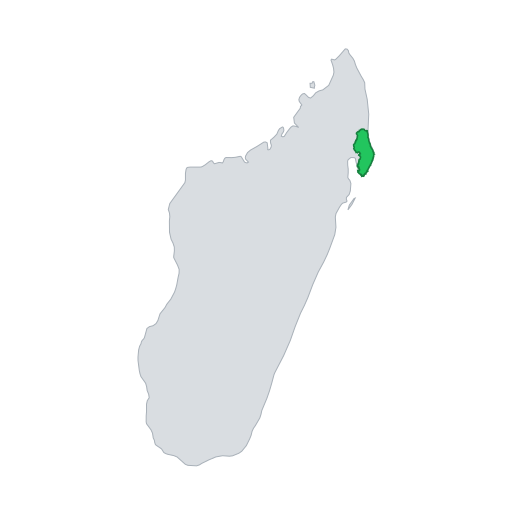 Antalaha, Sava, Madagascar (highlighted), rotated 6°
{"feature_id": "10022922B15279482214677", "entity_name": "Antalaha", "entity_type": "district", "adm_level": 2, "iso_a3": "MDG", "parent_name": "Madagascar", "parent_adm1": "Sava", "projection": "orthographic", "projection_center": [50.057, -15.259], "detail": "fine", "context": "in_parent", "style": "filled", "palette": "green", "viewbox_px": 512, "rotation_deg": 6, "n_neighbors": 0, "source": "geoboundaries", "source_scale": "gbopen_adm2", "svg_char_len": 8154}
<svg xmlns="http://www.w3.org/2000/svg" viewBox="0 0 512 512"><g transform="rotate(6 256 256)"><path d="M333.5,51.9L334.9,55.3L336.6,58.5L341.8,66.2L344.1,69.2L346.0,72.3L346.9,78.6L350.2,88.5L353.3,103.2L354.2,118.4L355.2,125.3L357.6,131.9L361.5,138.7L362.8,146.2L360.4,154.0L356.9,161.3L356.0,162.7L354.4,164.6L353.6,164.5L350.8,162.6L348.6,159.5L345.7,152.2L344.6,148.5L343.4,147.9L340.0,148.2L337.6,150.6L337.2,152.0L337.7,156.1L338.6,159.8L339.0,163.6L339.1,168.3L340.0,169.7L341.4,170.9L342.8,174.0L343.0,181.4L342.2,185.1L339.8,188.3L339.9,190.1L340.8,191.9L340.0,193.0L336.8,194.3L335.6,195.6L333.9,198.8L331.1,205.5L330.8,208.9L332.5,219.1L332.1,226.5L328.6,240.4L326.7,247.1L323.9,255.0L319.6,265.4L315.4,278.6L311.9,292.0L309.3,300.1L306.3,308.1L302.3,322.2L298.9,336.5L293.9,352.2L287.0,369.8L286.3,372.1L284.9,381.0L283.5,388.7L281.7,396.4L277.9,409.1L277.5,413.0L276.7,416.7L273.1,424.7L271.5,427.6L270.4,430.8L269.9,434.7L268.8,438.6L266.2,445.6L262.2,451.7L259.5,454.0L253.5,457.2L250.5,457.9L243.7,458.1L237.1,460.0L230.4,463.7L223.9,467.8L221.5,469.7L218.8,470.9L210.1,471.3L207.4,470.5L198.5,464.1L195.1,463.1L188.7,462.4L186.7,461.9L184.9,461.1L182.2,457.7L177.0,454.9L175.7,454.1L174.8,452.1L174.2,449.9L172.8,447.6L171.6,443.0L169.7,439.8L164.7,434.3L164.1,432.5L163.5,426.4L163.4,422.3L162.6,414.9L163.0,411.3L164.6,408.1L163.7,404.7L161.8,401.1L160.9,397.4L159.5,394.0L154.2,388.0L152.9,385.1L151.9,382.0L149.6,372.3L149.2,368.9L149.1,361.7L149.7,357.9L150.8,355.3L151.0,353.4L151.7,351.7L152.9,350.3L153.6,348.7L155.1,339.5L157.4,337.4L160.9,336.1L163.7,333.6L165.2,330.3L166.6,323.5L170.9,316.8L172.4,313.2L175.8,307.8L178.8,300.3L179.6,296.7L180.2,293.1L180.8,285.2L181.3,281.3L181.0,277.4L179.0,273.4L174.4,266.3L174.2,264.9L174.3,259.5L173.8,255.6L172.1,251.8L169.8,248.2L167.5,241.4L166.2,230.1L166.2,226.0L165.5,222.4L163.9,218.9L164.8,212.8L177.6,190.5L177.9,187.9L177.2,181.2L177.4,177.3L177.8,175.8L178.8,175.0L181.1,174.5L192.0,173.3L193.4,172.6L196.0,170.6L199.7,167.0L201.4,165.9L202.9,166.2L203.9,167.8L205.1,168.6L209.5,166.8L211.2,166.8L212.9,167.0L213.7,165.5L214.1,163.5L214.8,162.0L215.9,161.2L221.6,160.7L225.2,160.0L229.9,158.5L230.9,158.8L234.8,163.8L236.0,164.2L237.4,164.4L238.7,163.4L235.6,160.8L235.1,159.4L235.2,157.7L236.8,154.0L239.5,151.2L245.6,146.9L251.9,141.9L253.7,141.6L255.3,142.3L256.6,148.0L256.5,149.0L257.5,149.1L258.7,148.4L259.7,146.0L259.7,144.1L258.8,142.3L258.4,140.7L258.3,139.3L261.5,135.9L264.0,132.6L265.2,128.7L266.2,126.9L268.8,124.9L269.6,125.2L270.3,126.8L270.6,128.5L270.0,130.3L269.0,132.0L268.6,134.2L270.2,134.7L271.6,134.1L273.6,130.0L276.0,126.1L277.4,124.1L279.2,122.7L282.1,122.9L285.0,123.7L280.3,119.7L279.0,114.1L284.6,104.4L284.6,102.4L285.4,101.8L285.8,101.0L282.9,97.8L282.3,96.1L282.7,93.7L284.0,91.5L285.3,90.0L287.1,89.3L288.5,90.2L291.7,92.8L293.8,93.2L296.3,90.6L298.4,87.4L301.5,85.2L305.1,83.8L310.5,78.7L314.0,68.1L314.3,65.0L313.5,61.2L312.2,57.7L310.1,53.3L310.6,52.3L313.6,52.8L314.6,52.2L317.8,48.3L323.1,40.7L324.9,40.7L326.4,42.1L327.0,44.2L328.1,45.7L331.7,49.3L333.5,51.9ZM296.4,81.8L296.5,83.0L292.4,82.6L291.7,78.6L293.7,78.4L294.1,76.8L295.3,76.6L296.7,80.1L296.4,81.8ZM346.0,194.7L342.6,200.5L343.5,195.6L347.5,188.6L348.6,188.0L346.0,194.7Z" fill="#d9dde1" stroke="#a8b0b8" stroke-width="1"/><path d="M348.3,160.4L348.4,160.6L348.5,160.8L348.6,161.1L348.6,161.4L348.5,161.5L348.4,161.7L348.7,162.1L349.0,162.1L349.3,162.5L349.5,162.7L349.5,162.8L349.8,162.9L350.1,163.2L350.3,163.2L350.4,163.4L350.5,163.4L350.5,163.5L350.8,163.5L351.1,163.7L351.3,163.7L351.4,163.9L351.5,163.8L351.9,163.8L352.1,163.9L352.4,164.0L352.4,164.5L352.5,164.7L352.4,164.8L352.7,164.9L352.6,165.0L352.8,165.3L352.8,165.7L353.0,165.6L353.4,165.4L353.7,165.5L353.8,165.4L354.0,165.5L354.2,165.4L354.4,165.4L354.4,165.5L354.7,165.5L355.0,165.1L355.0,164.9L355.1,164.6L354.9,164.6L354.7,164.3L354.8,164.2L355.2,164.0L355.4,163.6L355.7,163.4L355.4,163.2L355.8,162.7L356.0,162.3L356.3,162.2L356.5,162.2L356.6,162.3L356.6,162.2L356.8,162.0L357.0,161.8L357.3,161.2L357.1,161.3L357.0,161.2L357.1,160.7L357.5,160.4L358.2,160.2L358.4,160.0L358.4,159.8L358.3,159.7L358.1,159.7L358.3,159.9L358.2,160.0L357.9,159.8L357.8,159.7L357.9,159.1L357.9,158.8L358.2,158.5L358.5,157.5L358.7,157.1L358.8,156.7L359.0,156.5L359.0,156.1L359.1,155.7L359.4,155.5L359.5,154.9L359.9,154.3L360.0,154.1L360.1,153.8L360.3,153.7L360.1,153.5L360.2,153.1L360.4,152.8L360.4,152.6L360.6,152.5L360.7,152.4L360.9,151.9L361.1,151.4L361.0,151.1L361.2,150.7L361.4,150.1L361.3,149.9L361.3,149.4L361.4,149.2L361.6,149.2L361.6,148.9L361.7,148.7L361.9,148.7L362.1,148.4L362.0,148.1L361.8,147.8L361.9,147.7L362.1,147.4L362.0,147.1L362.2,146.9L362.3,146.7L362.2,146.5L362.1,146.0L362.2,145.8L362.2,145.6L362.4,145.6L362.5,145.4L362.6,145.0L362.6,144.9L362.6,144.7L362.6,143.9L362.4,143.1L362.5,142.7L362.9,142.4L362.7,142.3L362.7,142.1L362.4,141.9L362.1,141.5L362.2,141.2L362.4,140.9L362.4,140.6L362.1,140.3L361.5,140.2L361.4,140.0L361.4,139.7L361.3,139.4L361.2,138.7L360.7,138.0L360.2,137.5L360.2,137.4L359.9,137.2L359.7,136.6L359.4,136.5L359.2,136.4L359.2,136.1L359.0,135.8L359.0,135.7L358.9,135.6L358.7,135.3L358.5,135.2L358.3,135.0L358.1,133.7L357.9,133.3L357.9,132.8L357.7,132.4L357.5,132.2L357.3,132.2L357.2,132.1L357.0,131.8L357.1,131.4L357.0,131.2L356.6,130.7L356.3,130.1L356.1,129.8L356.0,128.7L355.7,127.7L355.3,126.9L355.2,126.7L354.8,126.4L354.9,124.7L354.7,124.1L354.7,123.6L354.6,123.2L354.4,123.0L354.3,122.3L354.1,122.0L353.9,121.8L353.9,121.2L353.8,120.9L353.6,120.7L353.6,119.8L353.3,119.7L353.0,119.8L352.9,119.7L352.7,119.8L352.6,120.0L352.5,119.9L352.1,120.0L351.0,119.7L350.8,119.6L350.7,119.4L350.5,118.8L349.7,118.6L348.9,118.6L348.6,118.7L348.4,118.7L348.3,119.0L348.1,119.0L347.9,118.8L347.7,118.8L347.5,119.2L347.4,119.3L347.0,119.5L346.8,119.4L346.5,119.9L346.3,120.2L346.0,120.3L345.7,120.3L345.7,120.6L345.6,120.9L345.7,121.2L345.6,121.4L345.4,121.5L345.2,121.8L344.9,121.8L344.5,121.6L343.8,122.2L343.6,122.7L343.1,123.1L343.1,123.9L343.1,124.0L343.7,124.4L343.9,124.9L344.0,125.1L344.5,125.8L344.4,126.0L344.3,126.4L344.3,126.7L344.2,126.9L344.4,127.2L344.3,127.4L344.2,127.6L344.3,128.2L344.2,128.3L344.0,128.7L344.1,129.1L344.2,129.3L344.2,129.6L344.0,129.9L343.8,129.7L343.7,129.8L343.4,130.1L343.3,130.3L343.2,130.5L343.4,130.9L343.1,131.0L343.0,131.5L342.9,132.0L342.7,132.4L342.8,132.5L342.6,132.6L342.7,132.9L342.8,133.0L342.7,133.3L342.6,133.8L342.4,134.1L342.2,134.1L342.0,134.3L341.7,134.6L341.4,135.2L341.5,135.5L341.6,136.2L341.8,136.5L341.8,136.8L342.2,137.0L342.4,137.7L342.4,137.8L342.3,138.2L342.1,138.4L342.2,138.6L342.1,138.9L342.0,139.0L342.3,139.5L342.5,139.6L342.9,140.4L343.0,140.4L343.2,140.5L343.3,140.5L343.5,140.6L343.8,140.7L343.8,141.0L343.8,141.3L344.0,141.4L344.1,141.5L344.3,141.6L344.5,142.2L344.7,142.3L344.7,142.5L345.0,142.4L345.5,142.5L346.0,142.8L346.6,142.2L346.7,141.9L347.0,141.9L347.3,141.7L347.5,141.7L348.0,142.0L348.2,142.5L348.4,142.5L348.4,142.8L348.6,142.9L348.8,143.2L348.9,143.3L349.0,143.4L348.8,143.5L348.6,143.7L348.3,144.2L348.2,144.2L348.1,144.4L347.8,144.4L347.7,144.5L347.5,144.9L347.5,145.0L347.8,145.2L348.0,145.2L348.3,145.2L348.5,145.4L348.8,145.3L348.9,145.6L348.9,145.9L349.0,146.0L349.6,146.4L349.7,147.1L349.5,147.5L349.5,147.9L349.6,148.2L349.5,148.5L349.5,148.8L349.2,149.0L348.7,149.0L348.5,149.3L348.6,149.5L348.4,150.0L348.4,150.5L348.5,150.6L348.3,150.9L348.3,151.0L348.6,151.3L348.4,151.6L348.5,151.9L348.4,152.0L348.3,152.3L348.1,152.7L348.1,152.8L348.3,152.9L348.4,153.1L348.4,153.3L348.2,153.4L348.2,153.5L348.3,153.6L348.1,153.7L347.9,153.7L347.8,153.8L348.1,154.1L348.0,154.5L347.7,154.7L347.7,154.9L347.4,155.1L347.5,155.4L347.5,155.5L347.3,155.9L347.4,156.2L347.7,156.4L347.8,156.4L347.8,156.5L348.0,156.4L348.1,156.5L348.1,156.3L348.2,156.2L348.5,156.6L348.9,156.7L348.9,157.0L349.0,157.1L349.2,157.4L349.2,157.5L349.1,157.8L349.3,157.8L349.4,158.3L349.5,158.1L349.6,158.3L349.7,158.5L349.7,158.8L349.8,158.9L349.8,159.1L349.9,159.5L350.0,159.5L350.0,159.9L349.8,160.1L349.6,160.1L349.5,160.5L349.2,160.3L348.9,160.4L348.5,160.4L348.3,160.4Z" fill="#22c55e" stroke="#15803d" stroke-width="1.5"/></g></svg>